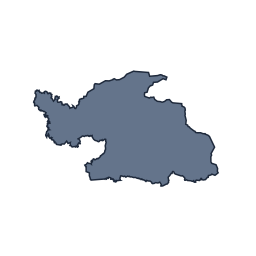 the district of Lysos, Paphos, Cyprus, rotated 17°
{"feature_id": "46923920B8516540117412", "entity_name": "Lysos", "entity_type": "district", "adm_level": 2, "iso_a3": "CYP", "parent_name": "Cyprus", "parent_adm1": "Paphos", "projection": "robinson", "projection_center": [32.556, 35.018], "detail": "fine", "context": "isolated", "style": "filled", "palette": "slate", "viewbox_px": 256, "rotation_deg": 17, "n_neighbors": 0, "source": "geoboundaries", "source_scale": "gbopen_adm2", "svg_char_len": 5850}
<svg xmlns="http://www.w3.org/2000/svg" viewBox="0 0 256 256"><g transform="rotate(17 128 128)"><path d="M172.2,89.0L163.7,90.8L162.2,90.6L159.3,88.7L156.7,89.7L155.2,91.9L153.1,93.4L151.2,93.3L148.3,93.9L145.2,92.9L143.6,90.9L141.7,91.9L140.9,91.8L139.7,93.1L134.7,92.9L133.9,91.2L133.6,89.4L135.8,88.2L135.8,83.6L137.1,80.9L137.5,80.9L139.0,79.7L139.0,76.9L142.8,75.4L147.1,70.6L150.2,70.8L150.3,68.0L147.3,67.6L146.0,67.9L145.0,67.4L143.3,67.6L141.0,69.2L133.6,72.2L131.4,68.9L117.9,71.9L116.9,71.9L111.0,77.0L109.6,80.4L105.8,84.2L102.9,85.4L100.4,84.9L99.4,85.8L99.5,86.1L96.2,88.5L92.6,89.4L87.7,94.5L83.6,95.2L83.1,96.5L83.9,100.4L79.2,105.5L78.7,110.0L76.5,110.7L76.9,112.3L75.8,113.3L74.7,113.6L74.7,114.0L73.5,114.7L73.6,114.9L73.3,115.5L73.7,116.4L73.3,116.9L73.9,117.2L73.6,118.3L73.9,118.5L74.0,119.5L73.7,120.5L72.3,121.8L72.6,122.8L72.3,124.7L71.4,124.8L69.8,123.1L68.8,122.8L69.5,123.6L69.3,124.0L68.7,124.7L67.1,125.6L66.7,126.1L65.9,124.9L62.6,122.8L62.0,123.3L60.9,123.4L60.5,124.6L60.0,125.0L59.5,124.7L58.3,125.0L58.3,124.2L57.8,124.3L57.2,123.5L57.2,122.7L56.5,122.5L55.6,122.6L55.4,123.1L53.4,123.9L52.6,123.0L52.5,122.1L52.0,121.7L53.4,119.5L52.9,119.1L52.9,118.6L52.2,119.1L51.0,118.3L50.4,118.3L50.2,119.0L49.3,119.0L49.5,121.2L50.0,121.6L48.9,124.1L46.8,122.1L45.6,121.7L45.6,120.4L45.9,120.3L45.4,119.6L45.4,118.3L44.6,118.4L43.8,117.7L44.4,117.0L42.7,117.7L42.3,117.5L42.0,118.3L41.4,118.6L39.7,117.0L38.3,117.0L37.4,117.7L37.8,119.1L37.1,118.9L35.3,120.0L34.1,119.4L33.3,119.7L31.9,118.0L31.5,118.8L29.9,118.3L29.5,118.8L29.6,119.5L28.7,119.8L29.0,122.0L30.2,122.7L30.9,125.1L30.9,125.9L30.6,125.8L30.4,126.2L30.4,127.6L30.8,128.1L30.3,129.2L30.2,130.7L30.9,130.9L30.7,131.3L31.6,132.0L32.0,133.6L32.4,134.1L34.3,133.0L36.6,134.2L36.8,134.4L36.6,135.1L37.3,136.4L38.0,136.4L38.6,136.9L39.4,136.3L39.8,137.1L41.2,136.5L42.5,137.0L42.9,136.6L45.0,137.3L44.8,137.6L45.2,138.3L45.1,138.7L43.7,139.6L44.9,141.3L45.7,139.9L47.5,139.7L47.4,140.3L46.0,141.5L46.3,141.8L47.3,140.5L48.1,140.9L48.3,141.7L49.4,142.2L49.6,142.7L49.1,145.5L49.9,145.7L50.5,144.5L51.3,145.0L51.3,145.6L51.5,145.6L51.9,146.3L51.5,146.4L51.3,145.9L50.4,145.7L50.6,147.1L50.3,147.4L49.8,147.0L49.6,147.2L50.3,149.2L49.9,149.4L49.9,150.1L51.0,150.9L51.6,150.6L52.0,150.8L52.3,151.4L51.8,151.9L52.2,152.5L53.3,152.7L51.8,153.5L51.9,154.4L51.3,155.2L51.4,156.7L51.6,156.8L51.3,158.7L51.7,159.4L52.9,160.5L52.7,159.2L53.3,159.0L53.5,157.9L53.8,158.2L53.9,157.2L54.7,158.2L54.6,159.2L56.1,160.5L56.3,160.6L57.2,159.7L57.3,160.1L57.7,159.9L57.5,160.3L58.0,161.2L58.4,161.4L58.6,161.0L59.1,161.6L59.6,161.3L60.6,161.5L61.3,162.8L62.0,162.6L62.1,163.6L63.5,163.5L64.4,164.6L69.0,164.0L69.1,163.8L68.6,163.4L69.9,162.4L71.7,162.0L73.2,158.5L74.0,159.2L75.1,160.3L77.1,158.7L77.1,159.4L77.8,160.9L77.6,161.7L79.0,161.7L80.1,162.5L82.1,161.4L83.5,161.5L83.7,160.3L85.3,161.1L85.8,160.5L86.1,160.7L84.6,158.3L85.5,157.4L85.3,156.9L86.8,157.1L86.9,156.9L86.1,156.1L86.3,155.1L85.3,153.6L84.5,153.2L83.7,152.9L82.8,153.3L84.2,152.3L86.1,150.0L86.5,149.2L87.2,148.8L88.7,148.9L89.8,147.7L90.4,147.8L91.3,147.0L92.6,146.9L92.5,147.3L93.4,147.4L93.9,146.6L94.4,146.6L94.4,146.2L94.9,146.1L95.1,146.4L95.9,145.7L96.3,146.9L98.4,148.8L100.2,149.5L102.0,149.4L103.6,149.8L104.4,149.3L104.9,147.9L106.1,147.7L106.6,147.0L106.8,147.5L107.6,147.5L109.2,145.4L110.0,145.4L110.6,147.4L111.3,147.9L111.4,151.7L112.4,153.7L112.8,155.3L112.5,156.0L112.7,157.9L112.1,159.9L111.5,160.1L110.6,161.8L109.8,162.6L110.0,163.3L108.5,166.0L108.0,166.3L107.4,166.1L106.2,167.7L105.5,168.1L104.4,167.5L103.9,167.7L103.9,168.6L103.2,169.2L103.5,169.9L102.9,169.8L102.4,170.4L102.6,171.1L103.5,171.4L103.2,172.7L103.5,173.3L102.5,172.9L100.4,173.4L99.6,173.0L99.1,173.7L98.9,174.8L97.5,176.1L98.2,176.8L99.1,177.0L99.1,177.5L99.4,177.6L100.7,181.9L104.2,182.2L105.0,185.0L106.7,187.2L106.8,187.9L107.7,188.2L107.9,188.6L120.6,183.6L120.9,183.7L121.1,183.0L122.3,183.3L122.7,182.6L122.5,182.1L123.0,182.0L123.2,181.5L123.9,181.7L123.8,181.0L124.1,180.7L126.1,180.7L126.5,182.0L127.4,181.7L127.7,181.2L128.5,181.7L128.8,181.2L130.0,182.0L129.8,182.9L130.1,183.2L130.8,182.6L131.0,183.2L132.1,183.2L132.4,182.6L132.2,181.6L133.7,181.4L134.2,180.9L135.9,180.3L135.5,180.2L135.7,179.6L135.1,178.8L134.9,177.6L135.2,176.9L134.9,176.2L135.3,175.7L138.2,175.7L139.0,175.0L140.3,175.6L141.8,174.1L143.3,174.2L143.5,173.8L144.5,174.1L145.6,173.7L148.1,173.7L149.3,173.1L151.6,173.4L152.2,173.0L152.7,173.3L153.2,172.9L154.4,173.3L155.4,172.9L155.7,173.4L156.4,172.8L157.6,173.3L157.9,173.0L158.9,173.1L160.8,173.9L161.1,173.3L160.9,172.8L161.3,172.6L162.6,172.8L164.6,172.3L166.5,173.0L167.0,173.8L167.7,174.0L169.1,173.4L170.3,172.2L172.8,171.8L174.2,170.5L176.5,172.5L176.3,173.8L176.5,173.9L178.2,173.2L181.0,170.5L182.0,170.0L182.7,168.0L182.1,166.6L182.4,166.0L181.8,165.5L180.8,163.3L181.8,161.3L182.6,158.7L183.4,158.5L183.3,156.9L183.5,156.5L184.2,156.4L185.1,157.0L185.6,157.9L187.2,158.2L192.9,158.3L194.0,157.7L196.7,159.0L197.3,159.9L197.1,160.6L197.5,161.3L198.4,161.1L199.2,160.4L200.3,160.8L203.4,160.1L205.1,160.2L205.7,159.9L206.2,159.2L207.0,160.4L208.0,160.3L208.6,159.9L208.1,159.1L208.5,157.9L211.7,157.3L211.8,156.9L212.6,156.3L212.3,155.7L212.6,154.8L213.1,154.8L213.7,155.8L215.2,155.7L217.2,154.7L218.4,151.9L219.1,151.7L218.8,149.9L220.0,149.4L221.6,148.1L221.7,147.6L225.0,147.8L225.4,147.3L227.3,144.5L226.1,143.3L225.5,140.5L222.9,137.4L218.4,137.3L217.2,136.2L215.6,131.2L215.9,129.5L214.9,128.3L216.4,121.0L208.4,112.3L206.6,111.5L203.6,111.3L203.4,110.9L201.4,111.5L198.8,111.3L195.7,112.3L193.9,112.5L193.1,111.6L192.0,111.5L187.7,110.0L186.2,109.0L185.0,109.0L184.2,107.8L182.1,107.5L181.4,103.6L178.8,99.3L178.7,98.0L177.4,95.2L177.6,94.2L176.7,92.3L175.6,91.6L173.2,91.3L173.0,90.4L172.3,89.8L172.2,89.0Z" fill="#64748b" stroke="#1e293b" stroke-width="1.5"/></g></svg>